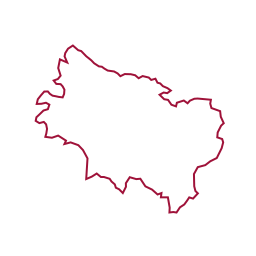 outline of Nova Alvorada, Rio Grande do Sul, Brazil, rotated 209°
{"feature_id": "56859067B88553950142054", "entity_name": "Nova Alvorada", "entity_type": "district", "adm_level": 2, "iso_a3": "BRA", "parent_name": "Brazil", "parent_adm1": "Rio Grande do Sul", "projection": "albers", "projection_center": [-52.161, -28.706], "detail": "fine", "context": "isolated", "style": "outline", "palette": "rose", "viewbox_px": 256, "rotation_deg": 209, "n_neighbors": 0, "source": "geoboundaries", "source_scale": "gbopen_adm2", "svg_char_len": 1716}
<svg xmlns="http://www.w3.org/2000/svg" viewBox="0 0 256 256"><g transform="rotate(209 128 128)"><path d="M44.6,77.6L44.1,83.8L41.7,88.4L41.1,93.2L40.8,97.0L36.9,97.8L35.2,104.7L38.5,105.6L41.8,109.1L48.0,119.7L48.0,127.6L42.4,133.0L39.9,138.8L35.8,144.8L36.3,155.8L37.8,161.6L40.3,164.0L45.4,163.1L47.4,167.6L47.7,175.2L46.6,178.6L52.3,182.8L55.6,187.4L64.7,185.9L67.9,189.2L69.2,192.9L81.4,187.5L84.2,185.7L87.1,181.9L87.9,178.5L92.5,179.1L97.5,173.8L96.5,170.2L101.3,169.4L106.6,172.0L110.3,170.7L116.5,172.4L114.0,176.3L110.6,177.5L108.7,181.5L112.8,182.0L117.8,181.5L121.4,182.6L124.2,181.9L127.9,184.4L131.0,181.3L134.3,182.2L140.4,180.5L142.8,176.7L147.3,177.6L151.6,176.4L157.0,173.6L159.8,169.6L163.5,170.7L167.6,170.7L173.6,168.4L177.4,168.5L180.6,168.9L183.3,167.8L189.0,168.2L192.9,169.4L199.3,170.5L206.2,172.6L209.3,171.9L216.2,173.4L218.9,168.3L219.2,163.1L218.2,159.9L212.9,155.8L220.8,155.0L218.1,146.6L212.3,141.1L213.1,136.8L216.0,133.5L212.1,131.8L208.2,133.7L205.3,132.7L202.2,130.7L200.4,126.8L200.0,123.1L203.7,121.6L206.7,120.7L209.7,119.7L212.9,120.0L215.8,121.1L218.9,119.3L220.0,114.3L220.8,109.4L219.5,104.8L215.5,107.2L212.0,110.3L208.1,110.3L207.2,105.6L210.4,102.3L212.0,97.0L213.3,93.0L212.2,89.5L207.9,89.3L204.6,92.5L201.4,91.5L198.4,88.0L196.8,83.6L196.0,80.2L189.8,82.6L185.4,87.5L176.1,86.9L175.8,83.2L171.2,87.6L163.1,88.9L156.7,86.9L148.7,81.8L139.8,63.1L136.1,67.9L133.3,73.0L127.9,72.0L125.2,73.5L119.4,74.7L116.5,73.2L112.2,72.3L109.7,69.9L106.1,70.1L101.0,68.6L101.3,75.6L103.1,78.7L102.6,85.8L96.0,87.3L92.6,89.6L84.5,85.4L77.1,85.8L69.9,84.2L67.2,87.3L65.6,83.3L59.5,86.7L52.9,78.5L50.8,74.2L47.6,76.5L44.6,77.6Z" fill="none" stroke="#9f1239" stroke-width="2"/></g></svg>